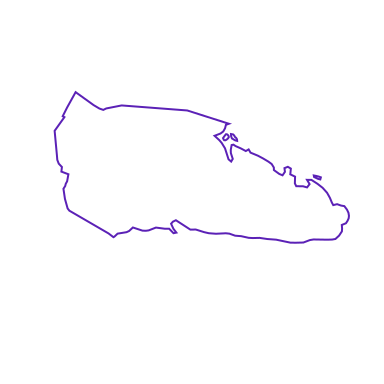 Ngerbeched, Palau, rotated 299°
{"feature_id": "81905179B6044255110216", "entity_name": "Ngerbeched", "entity_type": "district", "adm_level": 2, "iso_a3": "PLW", "parent_name": "Palau", "parent_adm1": "", "projection": "equal_earth", "projection_center": [134.477, 7.335], "detail": "fine", "context": "isolated", "style": "outline", "palette": "violet", "viewbox_px": 384, "rotation_deg": 299, "n_neighbors": 0, "source": "geoboundaries", "source_scale": "gbopen_adm2", "svg_char_len": 2198}
<svg xmlns="http://www.w3.org/2000/svg" viewBox="0 0 384 384"><g transform="rotate(299 192 192)"><path d="M114.4,145.2L115.4,145.8L119.5,147.1L125.1,154.2L127.4,155.9L132.3,157.5L134.2,167.4L135.7,170.4L137.4,172.7L143.4,177.7L145.3,182.5L146.6,185.8L148.8,189.8L147.0,195.8L148.9,198.0L150.8,193.6L154.1,189.1L156.8,189.7L159.5,191.6L158.3,208.8L161.0,213.5L162.8,222.2L164.1,226.7L167.1,233.2L172.3,241.6L173.7,244.9L174.7,250.9L177.2,256.4L179.4,263.8L181.2,267.5L184.6,273.3L187.4,280.7L191.1,288.7L195.4,302.6L197.8,307.1L201.8,313.9L207.1,318.4L209.4,321.3L211.8,325.8L215.9,333.5L218.4,337.7L219.8,339.4L220.4,340.2L225.2,341.8L225.4,341.8L230.2,342.2L232.8,341.0L235.8,339.0L237.8,340.6L239.3,341.8L242.0,342.0L244.9,341.8L247.1,340.9L247.3,340.8L249.7,338.9L251.7,336.1L253.5,332.1L252.4,328.9L251.7,324.8L249.0,321.9L250.6,319.4L253.7,315.5L256.8,310.5L259.0,304.2L260.0,297.8L260.5,290.6L258.4,286.7L255.9,291.0L251.8,290.4L250.8,286.2L247.6,280.4L249.4,277.8L255.4,274.7L255.1,269.4L260.4,267.1L260.5,263.6L257.7,261.3L254.7,263.5L250.5,263.1L250.1,259.6L250.9,253.0L253.1,251.7L255.1,248.1L255.6,244.1L255.8,237.8L255.7,232.0L254.8,224.1L256.7,220.9L253.9,219.2L253.8,213.5L253.3,207.9L253.5,205.3L252.3,203.9L247.6,205.5L244.9,207.1L240.7,211.6L237.6,211.5L238.3,208.1L246.2,199.7L249.3,194.2L250.6,190.7L252.1,184.5L257.0,188.6L260.1,190.0L263.8,190.0L267.2,189.1L269.6,191.2L268.9,187.8L261.0,148.3L233.6,88.5L223.5,76.5L220.8,74.6L220.1,70.5L220.3,63.8L222.9,41.8L205.4,41.8L195.6,42.2L195.6,44.1L178.9,42.2L158.7,56.0L154.8,58.6L152.2,61.7L150.8,66.1L146.5,67.9L147.6,75.3L140.8,77.6L138.0,77.6L135.8,78.2L132.5,78.0L124.4,84.2L117.3,91.2L116.2,93.8L115.3,139.1L114.4,145.2ZM252.9,195.0L253.3,196.0L254.4,196.8L256.3,197.5L257.8,197.6L258.7,196.9L259.3,195.6L259.4,194.5L259.0,193.7L257.4,193.4L255.9,193.2L254.2,193.0L253.3,194.2L252.9,195.0ZM261.8,201.7L262.3,200.1L261.6,198.0L259.7,199.2L258.2,201.0L258.1,204.8L258.2,205.1L258.6,206.7L259.2,206.3L259.9,205.8L260.7,204.4L261.1,202.6L261.8,201.7ZM265.2,298.1L267.3,297.6L266.9,295.2L266.2,292.6L265.5,290.5L264.3,291.5L264.5,294.8L264.6,295.9L264.8,296.7L265.2,298.1Z" fill="none" stroke="#5b21b6" stroke-width="2"/></g></svg>